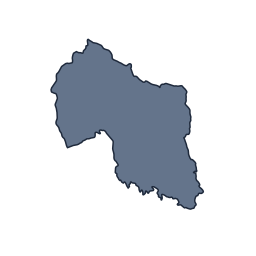 the Province of Sakon Nakhon, rotated 162°
{"feature_id": "THA-447", "entity_name": "Sakon Nakhon", "entity_type": "Province", "adm_level": 1, "iso_a3": "THA", "parent_name": "Thailand", "parent_adm1": "", "projection": "equal_earth", "projection_center": [103.778, 17.422], "detail": "fine", "context": "isolated", "style": "filled", "palette": "slate", "viewbox_px": 256, "rotation_deg": 162, "n_neighbors": 0, "source": "natural_earth", "source_scale": "10m", "svg_char_len": 5772}
<svg xmlns="http://www.w3.org/2000/svg" viewBox="0 0 256 256"><g transform="rotate(162 128 128)"><path d="M80.3,43.9L80.7,43.9L81.2,43.7L81.8,42.9L82.6,42.2L83.9,42.2L84.3,42.1L84.9,41.6L85.7,40.6L86.5,39.4L87.1,38.0L87.2,36.9L86.8,34.5L87.0,34.1L87.2,33.7L88.7,33.0L89.0,32.6L89.8,31.7L90.2,31.4L90.5,31.4L91.7,31.6L93.2,31.5L94.0,31.7L96.2,33.2L96.8,33.7L96.9,34.1L97.3,34.3L97.7,34.5L98.6,34.5L99.0,34.7L99.3,35.0L101.4,38.4L101.6,38.6L102.0,38.8L104.0,39.1L104.4,39.3L104.6,39.6L104.7,39.9L104.6,40.2L104.1,40.6L103.1,41.0L102.7,41.3L102.5,42.2L102.8,44.2L102.9,44.8L103.1,45.2L104.4,46.2L104.9,46.5L106.2,46.5L106.8,46.7L107.2,47.0L107.2,47.9L107.5,48.4L108.0,48.8L109.5,48.9L110.2,49.2L110.6,49.4L111.2,50.0L112.2,50.5L112.7,51.0L113.6,52.3L114.6,53.4L115.4,54.0L116.1,54.3L116.5,54.2L116.7,53.8L116.9,51.8L117.1,50.9L117.4,50.3L117.7,49.9L118.3,49.2L118.6,49.3L118.7,49.6L118.4,51.1L118.5,51.5L118.8,52.0L119.7,52.4L120.0,52.9L120.2,53.4L119.9,54.2L119.9,54.7L119.9,55.2L120.4,56.9L120.3,57.3L120.1,57.6L118.9,58.5L118.7,58.8L118.5,59.2L118.5,60.1L118.8,60.9L119.3,61.5L121.3,63.9L122.4,64.5L122.9,64.6L123.4,64.5L123.5,64.1L123.4,63.7L122.7,62.3L122.6,61.8L122.6,61.4L123.2,60.8L123.9,60.8L126.2,61.2L126.8,61.2L127.4,60.9L128.6,59.8L128.9,59.8L129.2,60.0L129.4,60.3L129.6,61.4L129.8,61.9L130.2,62.4L130.5,62.5L130.8,62.3L131.4,61.2L131.7,60.7L132.3,60.3L133.4,59.8L133.9,59.7L134.3,59.9L134.4,60.2L133.9,61.7L133.7,63.3L133.8,64.3L134.2,64.7L134.5,64.7L135.4,63.8L135.9,63.4L136.2,63.4L136.4,63.7L136.5,64.7L136.5,65.8L136.1,67.7L136.2,68.7L136.4,69.1L136.8,69.8L137.9,70.8L138.0,71.1L138.0,72.7L138.4,73.2L139.0,73.6L140.4,74.2L141.1,74.7L141.5,75.2L141.8,75.8L142.0,75.8L142.3,75.7L143.1,74.4L144.5,73.7L144.6,73.3L144.8,71.8L146.4,70.9L147.0,73.2L147.2,75.8L147.5,77.0L147.8,77.6L148.2,77.7L148.5,77.6L149.2,77.2L149.5,77.1L149.7,77.3L150.7,78.6L150.9,79.7L151.1,80.6L151.4,80.8L152.0,80.7L152.3,81.2L152.6,82.0L152.9,83.9L153.2,84.8L153.3,85.6L153.3,86.3L152.9,87.3L152.8,88.0L153.1,88.5L153.5,88.8L153.7,89.2L153.8,89.8L152.2,93.8L151.8,94.3L151.4,94.7L150.6,95.0L149.3,95.2L149.0,95.5L148.8,95.9L148.8,96.5L149.6,99.7L149.8,100.2L150.3,100.9L150.6,101.8L150.7,102.3L150.7,103.2L150.5,104.2L149.8,106.2L149.4,107.7L149.2,110.1L149.2,111.3L148.9,113.2L146.6,118.7L146.3,119.7L146.4,120.8L150.0,129.5L150.4,131.3L150.7,131.9L151.0,132.5L151.9,133.3L153.3,133.6L154.3,134.4L155.2,134.6L155.7,134.5L156.0,134.2L156.2,133.8L156.2,133.3L156.0,131.9L156.0,131.5L156.2,131.3L156.6,131.3L157.3,131.8L158.4,133.0L159.1,133.5L159.6,133.8L160.3,133.8L160.6,133.6L160.9,133.2L161.5,131.2L161.9,130.3L162.5,129.7L163.0,129.5L163.4,129.5L166.3,129.9L168.3,129.8L170.5,130.4L171.0,130.3L172.2,129.9L175.0,129.6L176.5,128.6L176.9,128.5L178.3,128.4L180.0,127.9L181.5,127.8L185.4,128.3L191.2,128.0L191.6,128.0L191.8,128.9L191.9,130.5L191.7,134.6L191.9,137.6L192.8,139.2L193.1,140.1L193.2,140.8L193.0,143.2L193.1,144.0L193.2,144.6L193.6,145.5L193.8,146.7L193.7,149.5L193.8,150.1L194.1,151.2L194.8,152.9L195.1,154.2L194.7,155.8L193.7,157.3L193.0,158.1L192.3,159.2L192.0,160.1L190.7,164.8L190.1,169.0L190.2,171.7L190.1,172.5L189.8,173.2L188.1,175.2L187.1,176.6L186.5,177.2L186.1,177.9L185.8,178.9L185.7,181.4L185.8,182.4L186.1,183.1L187.4,183.9L189.5,185.8L189.6,186.2L189.4,188.1L188.2,189.8L181.6,194.9L181.0,196.2L180.1,199.6L179.3,201.2L178.6,201.7L177.8,202.0L176.3,203.0L172.1,207.0L167.4,208.5L165.8,208.4L164.2,207.6L163.2,207.5L161.2,207.3L160.7,207.5L160.3,208.1L159.8,209.4L159.4,211.6L158.9,212.7L157.8,214.5L156.7,215.9L153.5,216.6L151.8,215.0L149.7,214.2L148.5,213.3L147.9,213.2L147.5,213.4L146.6,215.0L145.5,215.7L144.4,216.2L143.4,217.0L142.8,218.5L142.5,219.0L142.0,219.1L141.4,218.9L141.0,219.0L140.6,219.3L140.3,220.3L139.7,223.5L139.1,224.5L138.7,224.6L138.3,224.5L137.4,223.0L135.9,221.4L134.9,220.0L131.5,218.1L128.0,214.9L127.6,214.2L127.0,212.1L126.7,211.2L125.6,210.1L122.7,208.1L122.3,207.7L121.7,206.5L121.3,205.6L120.9,204.1L120.7,202.4L120.9,201.3L121.3,199.8L121.4,199.2L121.4,198.7L121.0,198.0L120.4,197.2L117.5,194.7L116.5,193.5L114.3,191.5L113.2,190.1L111.7,188.6L110.8,188.0L110.0,187.7L109.2,187.9L107.7,188.5L106.8,188.6L106.2,188.4L105.8,188.1L105.5,187.7L105.4,187.3L105.6,186.2L106.1,184.8L106.9,184.2L106.8,177.7L106.6,176.2L106.2,175.3L105.9,175.1L104.9,174.9L104.3,174.6L103.7,174.0L102.1,170.5L100.9,168.9L99.5,167.1L98.9,166.7L98.3,166.5L97.5,166.7L96.8,167.2L96.2,167.0L95.4,166.4L92.5,162.9L91.2,161.8L87.7,159.7L86.5,158.7L85.9,158.0L85.3,156.8L85.1,156.8L84.5,157.8L83.9,158.3L83.3,158.7L82.6,159.0L81.7,159.0L80.3,158.5L79.2,158.7L78.4,158.7L77.7,158.4L71.2,153.7L69.1,153.1L67.8,152.4L67.0,152.2L64.4,151.8L63.9,151.5L63.5,151.2L62.9,149.6L61.6,147.1L61.0,145.1L60.9,144.5L61.0,144.0L61.5,143.3L62.2,142.5L62.6,141.8L63.0,139.8L63.8,137.8L64.1,136.5L64.4,135.7L64.9,135.0L65.7,134.2L66.1,133.6L66.1,132.9L66.0,132.4L64.4,129.0L63.9,127.6L63.7,126.7L63.6,126.0L63.8,125.1L64.4,123.4L64.7,121.9L64.8,119.1L65.5,117.6L65.9,116.1L66.0,115.7L67.5,114.1L67.7,113.7L68.6,110.0L68.7,109.6L69.7,108.4L70.1,106.0L70.9,104.6L71.6,103.7L72.3,103.3L73.0,103.4L74.0,103.8L74.8,103.6L75.1,103.3L75.8,102.5L76.3,102.0L77.0,101.7L77.7,101.6L77.9,101.3L77.7,100.0L77.7,97.9L77.6,94.5L77.9,91.6L77.6,88.6L77.7,87.6L78.5,84.3L78.5,82.4L78.3,80.3L77.8,78.5L77.5,78.4L77.2,78.4L76.6,78.0L76.0,77.2L74.9,75.0L74.6,73.9L74.6,73.1L75.2,72.2L75.4,68.8L75.8,67.7L75.8,66.6L75.8,66.1L76.0,65.7L76.5,65.3L76.8,65.5L77.2,66.0L77.4,66.2L79.3,65.6L79.3,65.3L79.2,65.1L77.8,64.2L77.6,63.8L77.7,63.3L77.8,62.9L78.1,61.1L79.0,59.0L78.9,56.9L78.0,55.3L77.4,53.2L77.3,52.2L77.4,51.6L78.1,51.2L78.4,50.9L78.4,50.5L78.1,49.4L76.9,47.6L76.1,45.6L76.0,44.7L76.1,44.0L77.0,43.4L78.2,43.1L79.3,43.4L80.3,43.9Z" fill="#64748b" stroke="#1e293b" stroke-width="1.5"/></g></svg>